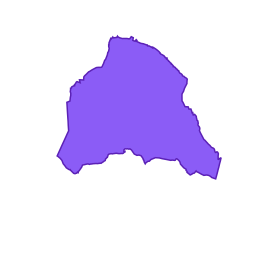 the district of Naranjal, Veracruz, Mexico, rotated 151°
{"feature_id": "50627088B92429931973873", "entity_name": "Naranjal", "entity_type": "district", "adm_level": 2, "iso_a3": "MEX", "parent_name": "Mexico", "parent_adm1": "Veracruz", "projection": "natural_earth1", "projection_center": [-96.958, 18.798], "detail": "fine", "context": "isolated", "style": "filled", "palette": "violet", "viewbox_px": 256, "rotation_deg": 151, "n_neighbors": 0, "source": "geoboundaries", "source_scale": "gbopen_adm2", "svg_char_len": 4761}
<svg xmlns="http://www.w3.org/2000/svg" viewBox="0 0 256 256"><g transform="rotate(151 128 128)"><path d="M197.5,114.7L196.5,113.7L195.6,113.6L194.8,113.4L194.0,113.8L193.3,113.0L193.2,113.1L192.9,113.5L192.8,114.0L191.3,114.3L189.5,115.3L189.2,115.3L188.3,115.9L187.5,116.2L186.3,117.2L185.9,117.6L185.5,117.5L184.9,117.4L184.0,117.1L183.0,116.8L182.4,116.7L181.5,116.4L181.1,116.3L180.2,115.8L180.0,115.6L179.4,114.9L179.1,114.8L178.0,114.6L177.3,114.2L177.0,114.0L175.9,113.8L175.2,113.3L174.8,113.2L173.3,112.5L172.5,112.0L171.7,111.5L171.0,111.3L170.1,111.0L169.9,110.8L168.7,110.4L168.6,110.2L168.2,110.2L167.2,110.4L166.7,110.4L166.3,110.4L165.8,110.4L165.3,110.6L163.7,110.6L162.9,111.5L162.7,111.8L161.7,112.0L160.4,112.6L160.2,112.4L158.3,114.2L157.4,114.4L155.6,113.9L154.7,113.4L154.3,113.0L153.1,112.6L150.5,111.6L149.1,110.5L148.3,109.9L145.9,108.8L145.4,108.4L144.5,108.2L143.1,108.6L142.3,108.5L141.9,109.1L142.9,109.7L142.1,110.9L141.0,111.2L140.7,111.2L140.2,111.0L139.6,110.5L138.5,110.1L137.4,109.0L136.5,108.9L135.7,107.3L135.6,107.0L135.4,104.7L135.3,103.9L135.2,103.1L135.2,102.3L134.6,101.4L133.8,100.3L133.5,99.8L131.5,99.0L130.0,97.4L129.9,96.2L129.7,94.4L129.8,92.9L130.0,92.8L129.8,92.0L130.1,91.1L130.3,90.3L130.3,89.3L130.3,88.3L128.9,89.0L127.1,89.1L126.7,89.2L125.4,88.6L123.3,89.3L123.1,89.3L118.8,88.8L118.5,88.8L115.2,86.7L113.1,84.7L109.7,81.9L106.3,79.0L105.1,78.6L104.3,78.1L104.2,78.0L103.3,77.4L103.0,77.1L102.7,77.0L102.4,76.9L102.0,77.0L101.5,77.3L101.1,77.6L100.8,77.6L100.5,77.6L100.0,77.0L99.7,76.2L99.4,75.2L99.1,74.1L99.1,73.0L99.6,70.9L98.8,67.3L98.5,66.1L97.2,63.7L97.8,62.7L97.4,61.4L97.5,61.0L97.9,60.6L96.8,57.9L96.4,56.8L94.5,56.6L93.7,56.9L91.8,56.4L89.3,57.4L89.3,56.7L88.2,55.3L87.5,54.2L86.1,51.9L84.6,49.8L82.3,48.9L81.4,48.3L80.2,47.2L79.6,46.2L79.1,45.2L78.9,44.3L76.0,41.0L74.3,42.7L71.8,45.3L69.2,48.1L67.7,49.6L65.0,52.6L63.3,54.3L61.8,56.0L61.3,56.5L61.7,57.0L63.0,56.8L63.9,56.6L64.3,57.0L63.8,57.9L63.3,58.7L62.8,59.8L62.0,60.8L61.4,61.8L61.3,62.7L61.4,63.6L61.9,64.1L62.0,64.1L62.8,64.0L63.4,64.2L63.4,65.1L63.2,66.2L62.9,66.9L62.8,68.3L63.0,68.7L63.4,69.4L64.1,70.2L64.3,70.6L64.6,71.4L64.7,72.5L64.9,73.3L65.5,74.8L66.7,80.1L67.2,81.1L67.0,88.9L66.8,91.1L66.2,91.7L65.5,92.6L65.1,93.8L65.1,94.9L65.4,96.1L65.0,97.4L64.3,98.0L63.7,99.8L63.5,100.6L63.9,101.4L63.5,102.6L63.0,104.4L62.6,105.1L63.1,107.6L63.9,107.6L64.6,107.8L63.9,110.1L64.6,110.2L64.2,111.8L64.0,112.6L63.8,114.1L65.5,115.0L65.1,117.3L65.9,117.8L67.8,119.0L67.6,121.9L67.5,123.3L67.5,123.7L67.6,125.5L65.2,130.0L64.3,131.5L63.0,132.4L61.7,133.1L59.5,135.2L57.3,136.7L54.9,138.3L54.7,138.8L53.4,140.8L52.5,142.0L52.6,142.7L52.8,143.1L53.2,144.2L53.8,144.8L54.1,146.2L54.5,146.5L55.1,147.3L54.8,148.5L55.4,150.0L56.0,150.7L56.1,152.3L56.1,152.5L56.2,153.1L55.9,153.3L56.2,154.1L56.5,154.4L56.7,155.0L56.6,155.4L56.7,155.9L57.3,156.8L57.2,157.1L57.3,158.1L57.6,158.3L57.9,158.9L58.0,159.3L58.4,159.6L58.1,159.7L58.7,162.4L59.1,162.7L59.2,163.2L58.9,163.4L59.1,164.2L59.4,164.5L59.4,164.8L59.6,165.7L59.7,166.2L60.1,166.7L59.9,167.2L60.8,169.6L60.1,169.8L59.9,170.2L61.0,171.1L61.3,171.4L61.3,171.7L61.2,172.1L61.3,172.5L61.5,172.9L61.5,173.8L62.0,174.5L62.7,175.7L63.0,176.2L63.4,176.6L63.6,177.3L63.8,178.1L63.5,178.3L63.7,178.9L63.9,179.9L64.6,181.8L65.5,183.8L66.8,186.2L67.4,186.9L67.7,186.2L69.6,189.4L71.1,190.4L70.8,191.2L71.5,191.7L73.7,194.2L75.7,195.8L78.4,199.4L77.7,200.2L78.0,201.3L79.4,200.7L79.7,200.4L80.2,200.9L81.3,202.3L79.6,204.4L80.9,206.3L83.2,205.2L84.1,205.6L85.5,206.8L87.2,207.7L87.8,208.1L89.6,209.0L91.7,211.1L92.0,211.6L92.3,212.2L92.7,212.9L92.7,213.4L93.7,212.8L93.8,212.6L97.2,214.0L97.2,214.6L97.2,215.0L99.9,213.9L99.6,214.4L99.7,214.7L103.3,211.7L104.4,209.9L104.6,210.0L104.7,209.8L105.3,208.8L105.9,206.7L107.9,204.4L109.1,203.8L110.7,201.9L112.4,200.5L114.3,198.9L115.6,198.5L118.3,196.1L119.5,195.3L120.9,194.2L121.8,194.0L122.7,194.4L124.9,195.6L126.4,196.2L131.1,196.3L134.3,196.1L135.2,196.2L138.5,195.2L140.2,194.8L141.6,194.3L142.5,193.2L142.8,192.6L143.2,192.1L143.5,191.9L143.6,191.6L143.9,191.8L144.2,191.9L146.2,193.2L146.6,193.5L147.1,193.7L147.9,190.8L150.1,193.3L151.0,193.2L151.7,192.7L152.2,192.5L153.0,192.0L154.2,191.6L154.2,190.9L155.4,191.2L157.0,191.3L157.5,191.1L158.0,190.5L158.8,190.6L158.8,190.3L159.3,190.1L159.5,189.6L160.9,187.7L161.2,186.1L162.3,184.2L163.6,182.7L165.7,179.7L169.0,180.1L169.8,178.4L172.1,173.6L173.4,170.9L175.1,167.3L177.2,162.8L179.0,159.2L181.3,154.3L184.6,151.9L186.6,150.4L190.4,147.6L194.5,144.6L197.7,142.2L199.6,140.8L203.5,137.9L203.1,137.2L202.0,134.3L201.5,131.6L202.0,128.2L201.6,126.0L201.3,123.8L201.3,123.2L200.0,120.7L199.3,119.7L198.7,119.6L198.7,118.8L197.5,114.7Z" fill="#8b5cf6" stroke="#5b21b6" stroke-width="1.5"/></g></svg>